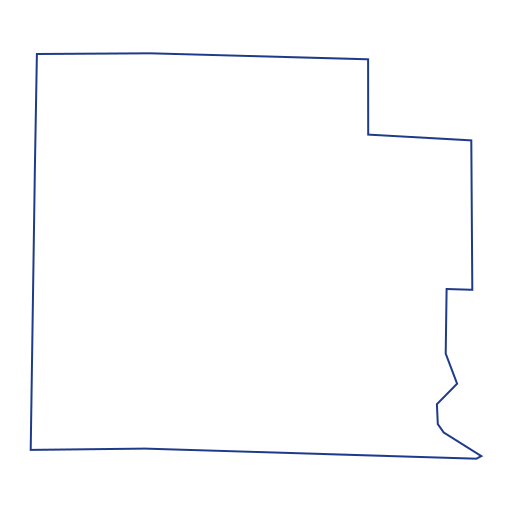 Clay, Illinois, United States of America
{"feature_id": "52423323B31422881251864", "entity_name": "Clay", "entity_type": "district", "adm_level": 2, "iso_a3": "USA", "parent_name": "United States of America", "parent_adm1": "Illinois", "projection": "albers", "projection_center": [-88.411, 38.757], "detail": "fine", "context": "isolated", "style": "outline", "palette": "blue", "viewbox_px": 512, "rotation_deg": 0, "n_neighbors": 0, "source": "geoboundaries", "source_scale": "gbopen_adm2", "svg_char_len": 335}
<svg xmlns="http://www.w3.org/2000/svg" viewBox="0 0 512 512"><path d="M36.9,54.0L34.9,167.4L30.7,449.9L145.0,448.6L476.4,458.7L481.3,456.1L443.7,432.5L437.8,424.1L436.9,404.2L457.1,383.7L445.7,353.6L446.6,289.0L472.3,289.8L471.3,140.4L368.2,134.6L368.1,59.3L150.2,53.3L36.9,54.0Z" fill="none" stroke="#1e3a8a" stroke-width="2"/></svg>